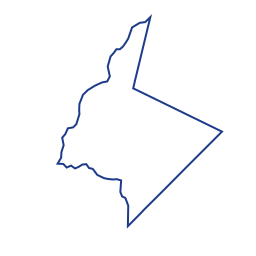 Xexéu, Pernambuco, Brazil (Robinson projection), rotated 149°
{"feature_id": "56859067B38372235502315", "entity_name": "Xexéu", "entity_type": "district", "adm_level": 2, "iso_a3": "BRA", "parent_name": "Brazil", "parent_adm1": "Pernambuco", "projection": "robinson", "projection_center": [-35.636, -8.841], "detail": "fine", "context": "isolated", "style": "outline", "palette": "blue", "viewbox_px": 256, "rotation_deg": 149, "n_neighbors": 0, "source": "geoboundaries", "source_scale": "gbopen_adm2", "svg_char_len": 868}
<svg xmlns="http://www.w3.org/2000/svg" viewBox="0 0 256 256"><g transform="rotate(149 128 128)"><path d="M178.7,43.9L161.4,48.3L156.1,49.8L133.7,55.3L94.6,65.2L49.3,76.5L67.7,104.8L81.0,125.3L103.1,159.3L98.5,164.1L51.8,211.5L58.7,209.9L63.8,212.1L72.7,212.1L81.8,204.5L86.1,202.3L90.4,200.4L94.4,199.7L97.4,201.5L101.5,199.7L106.1,198.3L113.7,191.2L117.0,181.6L121.9,178.6L126.6,180.4L134.5,181.3L143.0,181.2L149.6,179.6L152.9,177.0L157.2,173.7L160.4,168.9L162.5,164.9L170.3,157.9L174.7,156.8L179.7,158.7L185.0,155.0L189.4,153.6L192.0,146.4L197.5,141.6L200.6,137.0L206.7,133.7L202.0,130.5L200.9,125.7L196.2,125.1L194.2,120.6L190.3,120.1L186.0,120.2L182.4,118.5L182.0,113.7L179.3,111.2L178.5,103.6L174.4,97.4L171.4,94.6L167.5,91.7L164.0,89.9L160.9,86.6L167.5,77.1L168.3,72.4L166.3,69.4L167.8,61.3L178.7,43.9Z" fill="none" stroke="#1e3a8a" stroke-width="2"/></g></svg>